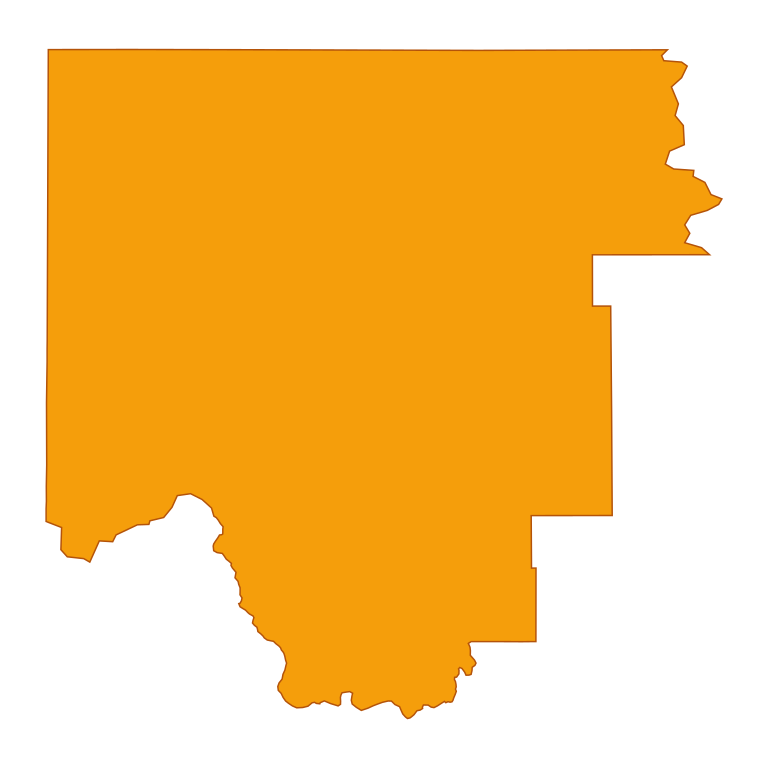 Lincoln, Montana, United States of America
{"feature_id": "52423323B47513182951794", "entity_name": "Lincoln", "entity_type": "district", "adm_level": 2, "iso_a3": "USA", "parent_name": "United States of America", "parent_adm1": "Montana", "projection": "equal_earth", "projection_center": [-115.378, 48.446], "detail": "fine", "context": "isolated", "style": "filled", "palette": "amber", "viewbox_px": 768, "rotation_deg": 0, "n_neighbors": 0, "source": "geoboundaries", "source_scale": "gbopen_adm2", "svg_char_len": 2936}
<svg xmlns="http://www.w3.org/2000/svg" viewBox="0 0 768 768"><path d="M535.9,641.6L536.0,568.1L531.5,568.1L531.2,515.6L612.2,515.5L611.6,410.9L610.7,306.1L592.5,306.1L592.4,254.8L709.5,254.7L701.6,247.7L684.7,242.7L689.8,233.3L684.7,224.9L690.7,215.3L707.3,210.4L718.6,204.4L721.9,198.9L711.0,194.6L704.9,182.4L693.1,176.4L693.8,170.4L673.7,169.0L665.3,164.1L669.6,151.1L684.3,144.7L683.3,125.5L675.1,115.6L678.4,103.9L671.4,86.9L681.6,77.7L687.2,66.1L681.6,62.1L663.8,60.7L661.6,55.6L667.4,49.8L571.6,50.1L478.8,50.4L235.3,49.7L129.4,49.5L48.3,49.6L47.2,341.1L47.1,349.1L47.1,361.8L46.5,402.6L46.7,465.1L46.3,486.3L46.4,501.3L46.1,508.7L46.1,521.5L61.6,527.5L60.9,549.7L67.3,556.8L83.7,558.6L89.8,562.1L99.3,540.9L112.7,541.7L116.1,534.9L137.4,524.8L148.9,524.4L149.9,520.8L163.7,517.5L172.0,507.3L177.3,495.6L190.6,493.7L202.1,499.5L211.5,508.0L213.9,516.2L216.3,517.6L218.4,520.3L220.4,523.6L223.1,526.7L222.8,529.1L222.8,532.7L222.7,534.0L221.7,534.7L219.5,535.0L217.9,537.7L215.3,541.4L213.7,544.0L213.2,546.1L213.7,550.7L217.1,552.6L222.3,553.4L224.0,555.7L226.3,559.2L228.9,561.2L231.4,563.4L231.0,565.5L232.5,568.1L236.0,572.3L235.0,577.8L238.1,581.4L238.7,584.3L240.1,587.8L240.1,592.0L240.0,594.8L242.0,597.9L241.4,600.9L239.9,603.4L238.8,603.6L239.4,605.2L240.1,606.8L242.8,608.5L245.5,610.1L248.0,612.7L249.5,614.0L253.0,615.9L253.9,617.6L253.0,620.5L252.5,623.0L254.4,625.3L256.9,627.2L257.4,628.9L257.9,631.6L260.6,633.7L263.0,636.0L264.3,637.9L267.2,640.0L271.3,640.9L273.5,641.3L275.9,643.7L278.8,645.9L280.5,647.7L281.4,650.0L282.8,651.6L283.9,653.3L284.8,656.2L285.6,660.1L286.6,663.1L285.8,666.1L284.9,670.1L283.0,674.3L282.1,679.1L279.1,682.9L277.8,686.5L278.3,690.4L281.2,693.4L283.1,697.4L285.6,701.0L288.4,703.2L292.4,705.9L296.7,707.8L302.8,707.5L308.0,706.2L310.9,703.8L312.1,702.8L314.6,702.3L316.3,703.4L319.8,703.8L320.2,702.7L324.3,700.9L330.7,703.6L336.2,705.3L338.1,705.9L340.5,704.3L340.6,701.3L340.4,697.5L340.9,695.2L342.0,692.8L346.0,692.1L349.8,691.6L352.6,693.2L352.0,695.8L351.3,700.2L352.2,704.0L356.3,707.3L361.3,710.4L367.9,708.2L373.1,705.8L377.5,704.1L382.5,702.3L388.1,701.0L391.5,701.1L394.9,704.5L399.6,706.7L401.2,710.5L402.8,714.0L405.4,716.9L407.5,718.5L410.0,717.9L411.5,716.8L414.0,714.7L417.0,710.7L420.1,710.1L422.6,708.5L422.4,707.2L423.4,705.0L428.2,705.1L431.1,707.1L434.0,707.6L437.4,705.9L440.0,704.2L442.2,702.8L444.4,701.4L445.8,702.7L448.0,701.7L450.1,702.2L452.0,701.8L453.0,700.2L453.7,698.0L455.2,694.4L456.3,691.3L455.5,689.1L456.2,686.9L456.0,684.4L455.4,681.3L454.5,679.9L454.6,677.3L456.6,677.1L458.9,673.9L459.0,670.1L458.5,668.9L459.8,667.5L462.0,668.5L464.7,672.2L466.0,675.2L469.0,675.1L471.1,674.4L472.0,670.6L472.2,667.3L474.9,665.4L476.0,663.1L474.5,660.1L472.6,657.9L470.3,655.3L470.4,650.6L470.0,647.2L469.1,645.1L468.3,643.4L471.1,641.6L486.1,641.6L500.6,641.6L521.7,641.7L531.0,641.6L535.9,641.6Z" fill="#f59e0b" stroke="#b45309" stroke-width="1.5"/></svg>